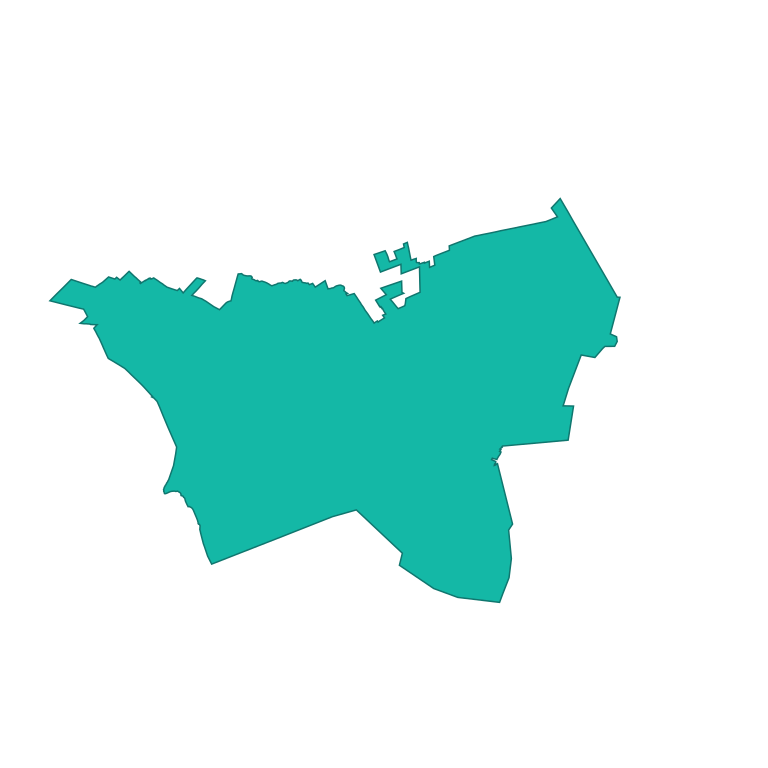 the district of Villa de Arriaga, San Luis Potosí, Mexico, rotated 60°
{"feature_id": "50627088B85978668916883", "entity_name": "Villa de Arriaga", "entity_type": "district", "adm_level": 2, "iso_a3": "MEX", "parent_name": "Mexico", "parent_adm1": "San Luis Potosí", "projection": "equal_earth", "projection_center": [-101.343, 21.982], "detail": "fine", "context": "isolated", "style": "filled", "palette": "teal", "viewbox_px": 768, "rotation_deg": 60, "n_neighbors": 0, "source": "geoboundaries", "source_scale": "gbopen_adm2", "svg_char_len": 6026}
<svg xmlns="http://www.w3.org/2000/svg" viewBox="0 0 768 768"><g transform="rotate(60 384 384)"><path d="M444.9,622.8L453.8,623.3L465.7,544.8L473.1,495.0L479.2,470.9L539.7,452.7L548.7,461.3L586.0,443.2L605.7,426.8L630.9,393.1L624.7,385.6L614.3,372.6L598.9,361.0L572.8,349.1L569.6,342.7L509.8,325.6L509.9,328.1L509.7,329.2L508.5,328.1L509.0,327.0L507.5,326.4L507.0,326.0L503.3,328.7L502.4,327.3L503.9,325.9L506.3,323.4L505.7,324.0L504.8,322.5L503.9,320.9L502.9,318.7L501.4,316.7L500.2,317.6L499.3,315.6L498.3,316.2L497.9,313.5L497.5,313.7L497.0,312.4L524.7,252.6L497.9,230.9L496.7,232.8L492.5,239.8L480.0,226.3L457.5,198.7L466.5,188.1L462.6,176.9L461.9,173.9L466.7,165.4L463.8,160.8L459.4,159.0L453.8,163.0L426.9,136.3L425.4,138.6L403.8,138.6L337.6,138.7L326.8,138.6L311.5,138.7L315.3,151.1L326.0,150.2L324.3,162.5L310.2,204.6L309.6,206.3L308.5,210.0L306.1,217.3L303.6,224.6L302.5,228.1L301.3,231.4L297.6,254.5L297.0,258.5L299.5,259.7L300.9,260.5L299.4,270.2L298.7,275.0L298.6,276.3L298.5,277.2L306.5,280.6L305.8,286.2L304.4,285.5L300.3,283.4L299.5,288.5L298.8,288.2L297.8,293.2L297.6,293.4L296.5,292.8L295.2,295.0L294.8,295.1L292.8,294.2L291.4,293.3L290.7,296.3L290.3,298.7L286.9,297.6L278.2,294.6L276.1,294.0L273.0,293.0L272.5,297.1L275.9,298.2L275.2,303.6L274.3,309.0L277.1,309.4L280.0,309.9L282.2,310.2L281.7,313.2L281.2,316.3L280.9,318.1L279.3,317.9L275.6,317.0L272.9,316.6L269.2,316.4L266.9,327.9L285.3,331.1L286.1,326.0L288.8,309.5L297.2,314.0L300.3,294.7L322.6,306.9L321.4,317.8L321.0,322.3L325.1,325.4L325.9,326.2L326.6,326.8L326.4,329.3L325.8,334.1L324.3,334.4L321.9,334.8L317.4,335.5L313.7,336.2L313.7,335.4L314.7,326.3L315.3,321.6L313.6,322.6L303.7,317.3L300.9,331.5L299.5,338.9L307.8,337.4L307.2,349.3L310.0,349.2L314.3,349.1L314.3,348.9L315.6,348.9L315.5,348.0L317.8,348.0L317.8,347.5L320.2,347.7L324.3,347.5L323.8,350.8L327.0,350.5L327.1,354.0L327.2,356.6L327.4,358.2L326.1,358.2L326.1,359.3L326.3,362.1L324.2,362.2L322.4,362.4L321.1,362.6L319.8,362.7L314.8,363.0L310.7,363.5L307.1,363.5L303.5,363.9L302.4,363.8L297.5,364.2L296.3,364.2L290.8,364.6L289.0,371.8L287.0,371.9L287.3,370.3L285.8,371.1L284.0,371.7L283.1,372.1L281.2,370.3L280.3,370.1L279.7,370.1L278.8,370.4L278.2,371.0L277.0,371.8L276.5,372.4L276.3,372.8L275.9,373.8L275.7,374.6L275.3,376.0L275.2,377.3L275.3,378.3L275.4,379.4L275.3,380.0L275.1,380.5L274.8,381.1L274.5,382.7L274.1,383.7L273.6,384.5L273.6,384.9L265.1,383.3L265.5,390.8L265.6,392.3L265.7,395.1L262.5,395.4L261.2,395.5L261.0,396.8L260.6,399.0L258.6,399.3L258.0,400.9L257.5,401.1L256.2,402.8L255.3,403.7L255.2,404.0L253.1,404.1L253.0,403.8L252.8,403.8L252.3,404.0L251.5,404.2L251.4,404.8L251.5,407.0L250.6,407.4L249.9,408.0L248.8,410.1L248.8,410.9L249.2,412.0L248.2,413.1L247.5,414.5L248.0,416.2L247.9,417.4L247.6,419.2L246.8,420.1L245.9,420.6L245.2,421.2L245.1,422.5L244.1,424.7L243.7,425.9L243.9,427.1L243.4,429.1L242.9,432.0L241.6,432.9L240.2,433.6L239.7,433.8L238.4,434.7L238.2,434.7L237.1,435.5L236.3,436.1L235.4,436.9L234.5,437.7L233.9,438.2L233.5,439.1L233.3,440.4L232.7,441.2L232.0,441.7L231.4,441.5L230.9,441.9L230.8,443.0L230.0,443.7L228.8,444.3L227.9,445.0L227.3,445.7L226.4,445.7L225.7,444.8L224.3,445.0L223.8,445.4L223.1,446.4L222.4,447.8L221.7,448.9L220.7,450.0L219.5,451.3L218.0,451.8L217.1,452.3L216.5,453.9L216.1,454.6L215.8,455.3L217.9,457.5L219.3,458.9L226.8,466.5L229.2,469.0L231.9,471.7L234.2,473.7L235.5,475.0L235.2,475.9L234.9,477.2L234.7,478.6L234.8,480.2L237.4,489.3L233.9,491.5L232.0,492.7L223.4,496.8L220.8,498.3L219.0,499.3L216.7,501.5L213.4,504.1L211.2,506.1L210.2,502.9L209.6,500.5L208.2,496.1L206.6,491.6L205.3,487.1L203.5,488.4L202.1,489.7L201.0,490.6L199.5,492.0L199.0,492.5L198.6,492.9L198.9,494.2L200.1,498.1L203.3,508.3L204.7,512.4L199.0,513.3L199.7,516.3L198.3,517.6L197.0,518.8L195.3,520.3L194.5,521.0L192.3,522.9L191.8,523.4L188.0,525.2L187.7,525.3L186.6,525.7L184.0,527.1L181.0,528.4L177.7,530.1L177.3,530.2L177.0,530.4L176.8,532.6L176.6,532.7L176.6,533.4L175.3,533.6L175.4,534.8L175.0,534.8L175.2,538.9L174.9,538.9L175.2,544.7L174.5,544.8L174.4,543.6L170.3,545.0L168.1,545.6L166.3,546.3L159.0,548.4L159.0,548.6L161.3,557.6L161.2,557.6L162.0,560.6L157.9,562.2L158.5,564.6L153.6,569.0L154.9,575.4L155.2,576.9L155.3,578.7L155.3,580.3L155.5,581.9L155.6,583.8L155.9,585.6L153.9,587.4L152.5,588.9L151.6,589.6L146.2,594.5L137.1,602.6L138.1,606.3L140.0,613.3L142.2,621.9L144.9,631.7L156.6,619.7L166.5,609.4L169.0,606.7L172.9,606.8L177.5,607.0L178.9,612.1L179.5,616.8L182.0,613.5L183.1,611.5L183.4,611.2L184.1,610.1L184.7,609.3L185.1,608.7L185.8,608.3L186.1,607.8L186.8,606.7L188.3,604.3L189.2,602.8L189.4,603.5L190.1,605.6L190.5,607.1L190.8,607.5L192.8,607.5L194.7,607.5L197.7,607.7L201.2,607.8L201.4,607.7L210.1,608.6L213.2,609.0L213.5,609.0L220.1,609.7L224.0,610.0L233.5,604.7L240.9,600.7L245.9,599.2L249.7,598.2L254.5,596.8L261.4,594.8L264.0,594.1L266.9,593.4L276.6,591.3L279.1,590.7L279.1,591.6L280.0,591.0L280.5,590.7L281.0,590.3L285.7,589.2L291.3,589.8L300.6,591.1L313.1,592.7L334.9,595.1L340.3,599.3L349.5,607.1L359.1,618.2L360.3,620.2L360.7,620.6L361.0,621.5L361.3,622.1L361.7,622.4L362.1,623.1L362.3,623.5L362.4,624.0L362.8,624.6L363.2,625.0L363.6,626.0L364.5,626.7L365.0,627.5L365.4,627.8L366.1,627.9L366.6,628.3L366.9,628.5L367.4,628.4L369.1,628.9L369.5,628.6L369.8,627.8L370.0,626.7L370.3,623.4L370.5,622.5L370.8,621.5L371.4,620.2L371.8,619.4L372.2,618.7L372.7,618.4L372.9,618.0L373.1,617.7L373.6,616.3L375.4,615.4L375.7,615.1L376.9,614.8L377.8,614.9L378.2,615.0L378.3,615.2L378.6,615.4L379.2,615.5L379.7,615.0L380.3,614.4L380.8,614.1L381.6,614.2L382.2,614.1L382.7,613.8L383.4,613.7L385.0,614.2L385.5,614.2L385.7,614.4L386.1,614.5L387.9,614.7L390.1,614.9L392.3,615.0L393.0,613.7L393.5,613.5L394.2,612.9L395.4,612.4L396.4,612.2L398.1,612.2L398.5,612.3L399.6,612.4L400.9,612.6L404.1,613.0L405.1,613.1L408.5,613.6L409.3,613.8L411.5,614.4L412.0,614.8L412.8,614.6L413.2,614.0L414.9,614.2L416.2,615.1L417.3,615.8L417.8,616.2L420.5,617.0L421.3,617.3L432.1,620.3L435.0,620.8L444.9,622.8Z" fill="#14b8a6" stroke="#0f766e" stroke-width="1.5"/></g></svg>